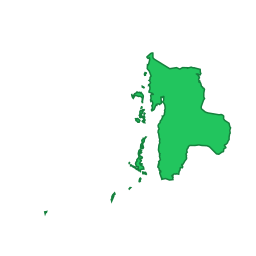 Muleba, Kagera, United Republic of Tanzania, rotated 167°
{"feature_id": "72390352B90711717616381", "entity_name": "Muleba", "entity_type": "district", "adm_level": 2, "iso_a3": "TZA", "parent_name": "United Republic of Tanzania", "parent_adm1": "Kagera", "projection": "orthographic", "projection_center": [31.752, -1.923], "detail": "fine", "context": "isolated", "style": "filled", "palette": "green", "viewbox_px": 256, "rotation_deg": 167, "n_neighbors": 0, "source": "geoboundaries", "source_scale": "gbopen_adm2", "svg_char_len": 5770}
<svg xmlns="http://www.w3.org/2000/svg" viewBox="0 0 256 256"><g transform="rotate(167 128 128)"><path d="M94.8,185.2L95.9,181.5L94.5,178.6L93.8,173.4L95.1,172.4L95.6,170.3L96.8,169.6L96.2,169.1L95.9,167.1L96.5,166.2L98.2,165.5L98.3,165.1L97.8,165.4L97.4,164.5L97.5,162.2L98.1,160.5L99.0,159.5L99.5,158.3L96.2,156.0L95.9,155.1L96.3,155.0L97.5,155.5L98.6,154.7L98.8,151.8L99.7,150.4L99.8,149.3L99.7,148.8L99.0,149.3L98.6,148.9L98.2,146.8L98.8,145.2L99.8,144.4L99.6,142.7L100.0,141.4L101.0,140.6L101.1,139.9L100.8,139.3L99.9,140.0L99.3,139.7L98.2,140.4L96.1,143.4L95.6,143.8L94.9,143.6L95.0,144.6L93.0,144.7L91.9,143.8L91.6,144.3L90.5,144.3L90.0,144.7L89.5,146.8L89.1,150.6L88.4,150.7L88.0,150.1L86.6,150.9L86.1,150.6L86.0,150.1L86.6,149.3L86.6,148.1L87.3,146.6L88.5,145.6L87.4,144.0L87.0,142.0L87.2,139.9L87.4,138.5L88.5,136.7L88.4,135.5L89.2,134.3L89.4,133.0L91.0,131.7L91.9,131.8L91.7,131.1L93.4,128.7L95.1,127.4L95.4,126.1L97.3,124.8L98.1,123.7L98.3,122.0L97.9,120.8L98.0,119.9L99.0,119.0L99.7,117.0L99.4,115.6L99.8,111.3L99.5,110.1L100.3,108.0L100.3,106.5L101.7,104.4L103.3,99.7L103.1,96.5L102.6,95.7L103.2,95.3L103.2,94.1L103.7,93.6L103.6,89.8L105.7,88.3L105.4,87.5L105.9,87.0L105.8,86.2L106.6,85.9L106.4,85.2L106.9,84.9L106.8,84.5L107.4,84.1L107.7,83.2L106.8,81.6L107.1,80.0L106.8,79.4L106.7,79.7L106.1,79.3L105.8,78.6L106.1,77.7L106.9,77.8L107.2,77.0L106.6,71.5L106.5,71.0L106.2,71.0L106.5,70.4L102.8,70.3L99.3,68.0L95.8,67.6L95.7,69.5L96.1,69.5L95.6,69.7L95.7,70.1L95.4,70.0L95.6,70.9L95.0,71.1L94.9,71.8L95.3,72.0L93.3,72.9L91.6,72.3L91.1,72.6L89.0,71.6L87.9,74.3L87.0,75.0L86.0,77.5L85.4,77.7L84.2,77.0L83.6,77.5L83.4,78.4L84.0,79.4L83.7,80.3L83.0,80.1L82.1,80.8L80.0,83.1L77.9,84.8L77.6,85.9L77.8,86.6L77.1,88.2L77.4,88.9L77.1,90.0L75.7,91.2L76.0,92.1L75.5,93.8L74.0,95.1L73.3,96.4L71.6,97.1L66.7,95.9L62.7,95.6L60.1,94.4L55.1,93.0L52.8,91.3L47.6,82.9L45.4,82.0L41.9,83.4L40.5,83.5L40.0,84.1L39.9,85.0L39.1,86.2L37.1,86.8L37.2,87.6L38.0,89.0L37.7,89.8L36.5,89.9L34.5,91.1L33.4,92.8L32.1,94.0L31.5,96.5L30.2,99.6L29.6,100.0L29.3,103.0L28.0,105.1L28.5,106.4L28.5,109.9L32.0,113.6L32.8,115.4L32.1,118.1L32.9,119.3L34.2,120.2L36.3,120.4L46.7,124.7L49.0,126.1L52.1,130.1L52.1,131.7L51.6,132.8L48.0,138.4L46.8,139.4L47.2,141.1L46.3,145.0L44.8,148.5L45.2,149.7L45.9,150.0L46.2,151.2L47.0,151.9L47.1,155.1L47.3,155.9L48.3,156.5L48.5,157.1L48.4,157.4L47.5,157.6L48.4,159.0L48.0,160.3L47.2,160.7L47.0,161.7L47.5,162.0L47.8,163.6L49.0,165.1L48.5,165.2L46.9,164.3L46.4,163.6L45.8,163.5L44.7,164.8L45.0,165.8L44.5,168.9L50.2,171.9L50.9,171.9L52.8,173.1L56.4,172.9L56.3,173.3L61.3,174.6L64.3,173.7L67.1,175.9L74.0,176.4L86.9,189.1L87.9,190.9L86.9,195.4L87.6,195.7L89.1,195.5L93.5,193.1L93.6,192.5L92.7,191.2L91.3,191.5L91.4,189.8L93.4,185.9L94.4,184.9L94.8,185.2ZM126.6,84.4L125.8,82.8L125.5,83.1L125.4,84.1L124.5,84.8L121.8,84.4L121.7,86.2L122.3,87.6L123.6,88.4L124.2,89.2L122.3,89.7L122.4,90.0L124.4,90.5L124.7,91.1L122.4,93.1L122.3,93.6L123.4,94.7L123.3,95.3L122.6,95.7L121.3,95.3L120.7,95.9L121.0,97.0L122.6,97.9L122.5,99.2L122.8,99.9L121.8,101.5L121.5,101.5L121.4,100.8L121.1,100.5L120.1,101.3L120.9,102.6L119.8,103.3L121.0,104.3L122.3,103.7L123.2,102.0L123.8,100.5L123.7,97.8L124.1,96.9L126.4,95.2L126.7,94.7L126.8,93.5L127.8,93.1L128.7,91.6L128.4,88.7L126.7,88.0L127.1,85.8L127.8,85.2L127.7,84.7L127.3,84.1L126.6,84.4ZM109.8,156.4L108.2,155.6L107.3,154.0L107.9,151.7L108.5,150.7L108.2,148.9L107.9,150.8L106.0,155.2L105.9,156.4L107.3,159.6L107.9,159.0L108.7,160.2L110.5,160.3L111.1,161.1L112.4,160.2L113.9,159.9L115.5,158.2L116.2,158.3L116.9,158.9L117.0,158.7L116.7,156.7L116.2,155.7L114.1,157.8L113.0,158.0L110.5,156.3L109.8,156.4ZM119.3,108.8L120.3,105.7L118.6,104.8L118.0,104.7L117.3,105.5L117.3,106.7L118.3,106.4L118.6,107.3L117.4,108.0L117.4,108.8L116.9,109.8L115.4,111.0L115.0,112.0L114.5,113.2L115.5,114.5L116.1,113.6L117.3,113.0L117.5,110.0L118.4,109.7L119.3,108.8ZM117.5,132.4L117.2,131.5L115.9,131.1L114.7,132.7L116.4,135.1L117.3,134.9L118.1,135.4L118.6,135.3L118.4,134.5L118.6,133.5L117.5,132.4ZM160.4,62.2L160.4,60.3L157.2,64.7L157.1,65.7L155.5,66.5L155.7,67.8L157.9,66.3L159.1,64.8L159.5,63.3L158.5,63.9L158.9,62.4L160.4,62.2ZM112.6,139.4L112.8,138.8L112.3,137.9L110.6,139.5L110.4,140.8L111.1,142.1L111.8,142.3L112.7,141.3L113.1,139.7L112.6,139.4ZM111.6,134.8L109.3,134.9L109.5,136.1L110.2,135.9L111.6,136.1L112.2,137.5L113.0,137.5L114.1,136.2L114.1,135.7L113.6,135.3L112.8,135.7L111.6,134.8ZM128.5,85.6L128.0,85.9L127.9,86.6L129.4,87.1L129.8,88.3L131.6,89.8L132.5,90.2L132.2,89.3L129.4,86.7L129.2,85.8L128.5,85.6ZM120.8,78.7L120.4,79.0L120.8,80.7L121.4,81.1L122.3,80.8L123.4,81.9L123.7,81.7L123.8,80.1L121.8,79.6L120.8,78.7ZM128.7,73.0L127.9,73.5L128.0,74.7L126.9,75.5L127.2,76.4L127.8,76.2L128.7,74.7L129.2,73.3L128.7,73.0ZM111.7,129.9L110.5,129.4L110.6,130.4L112.0,131.8L112.6,131.4L111.7,129.9ZM98.9,178.2L99.9,176.9L99.9,175.6L99.2,175.5L99.0,176.9L98.1,177.0L97.8,177.4L97.9,177.7L98.9,178.2ZM109.9,142.2L109.9,140.6L109.4,141.4L109.0,141.3L107.6,142.4L108.5,142.2L109.4,142.5L109.9,142.2ZM110.7,131.4L109.8,131.5L109.6,132.1L110.0,133.5L110.8,133.4L110.7,131.4ZM228.0,65.0L228.0,63.1L227.2,64.3L226.5,64.1L226.4,64.4L226.6,64.5L226.2,64.9L228.0,65.0ZM103.6,163.6L103.2,163.7L103.3,164.2L104.7,165.5L104.9,164.7L103.6,163.6ZM109.2,137.5L108.2,138.3L108.7,138.9L109.1,138.8L109.2,138.1L109.2,137.5ZM139.3,69.5L140.6,68.5L140.5,68.2L138.8,69.3L139.3,69.5ZM109.7,146.1L111.3,143.6L110.6,144.7L109.8,144.6L109.7,146.1ZM113.6,138.5L114.2,137.7L113.8,137.3L112.9,138.0L113.6,138.5ZM112.8,115.3L113.9,114.4L113.8,114.0L112.4,115.1L112.8,115.3ZM133.5,91.5L134.0,90.6L133.7,90.4L133.1,91.2L133.5,91.5ZM116.9,160.5L116.6,159.0L116.9,160.5ZM134.8,93.2L134.3,93.7L134.5,94.0L134.9,93.6L134.8,93.2Z" fill="#22c55e" stroke="#15803d" stroke-width="1.5"/></g></svg>